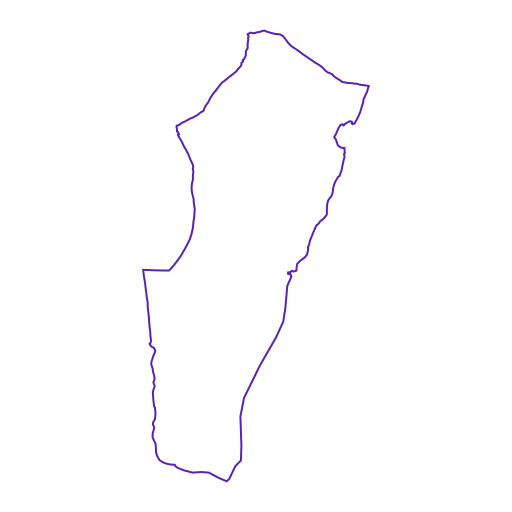 Pangani, Tanga, United Republic of Tanzania (Robinson projection)
{"feature_id": "72390352B29030119078393", "entity_name": "Pangani", "entity_type": "district", "adm_level": 2, "iso_a3": "TZA", "parent_name": "United Republic of Tanzania", "parent_adm1": "Tanga", "projection": "robinson", "projection_center": [38.828, -5.615], "detail": "fine", "context": "isolated", "style": "outline", "palette": "violet", "viewbox_px": 512, "rotation_deg": 0, "n_neighbors": 0, "source": "geoboundaries", "source_scale": "gbopen_adm2", "svg_char_len": 5813}
<svg xmlns="http://www.w3.org/2000/svg" viewBox="0 0 512 512"><path d="M229.2,479.0L235.3,466.2L240.9,460.5L241.4,446.0L240.4,416.5L244.0,398.0L259.8,365.7L276.1,337.3L283.2,321.7L285.3,308.4L287.3,285.9L291.4,276.6L290.5,274.5L288.0,273.8L288.1,272.4L289.0,272.3L290.2,272.9L290.6,271.8L291.5,271.0L292.3,271.0L293.4,271.6L295.4,271.0L296.4,270.5L296.5,268.6L296.9,265.4L297.4,263.6L300.5,260.5L304.7,257.5L306.9,254.8L308.1,250.1L308.1,246.4L309.0,245.0L309.9,240.9L313.5,231.9L316.3,225.5L318.4,223.8L320.5,220.9L322.2,219.9L324.2,218.0L326.4,215.2L326.9,214.0L326.9,208.4L327.2,203.9L328.2,200.4L329.6,198.4L331.2,196.5L332.3,193.9L333.0,190.4L333.0,188.8L333.6,186.7L334.2,184.3L335.1,182.0L338.2,176.7L339.3,176.1L339.6,176.0L341.8,169.4L342.4,165.7L343.9,159.1L344.4,157.4L344.5,155.7L343.9,154.3L344.2,153.8L344.8,153.2L344.4,148.0L342.9,147.9L341.5,147.8L339.9,146.9L337.8,145.4L336.7,141.8L335.7,139.1L335.0,138.4L334.3,137.5L334.3,136.8L336.1,133.8L337.9,129.5L339.2,126.9L340.5,125.0L341.6,124.4L342.6,124.3L343.2,125.0L343.3,125.4L344.1,125.1L344.7,124.2L345.6,123.5L346.6,123.0L348.8,121.7L350.2,121.2L351.7,121.7L352.1,122.2L351.8,123.4L352.5,124.1L353.6,123.6L354.5,123.6L355.4,121.8L356.7,119.8L358.6,115.9L360.0,112.5L360.7,110.4L362.1,105.7L363.0,103.0L363.6,98.9L364.7,97.0L365.9,94.1L367.1,91.8L367.9,88.5L368.7,86.4L368.8,86.1L368.1,85.9L367.0,85.6L365.7,85.5L364.5,85.3L363.1,85.1L361.0,84.8L359.6,84.6L358.3,84.2L356.5,83.7L354.3,83.6L352.6,83.3L350.6,83.1L349.0,83.0L347.5,82.9L345.5,82.6L344.5,82.3L343.3,82.1L342.2,82.0L341.3,81.2L340.2,80.4L339.3,79.8L338.1,79.1L337.2,78.4L336.1,77.8L335.0,77.2L333.9,76.2L332.7,74.9L331.6,73.8L330.2,73.4L329.2,72.9L327.7,72.4L325.9,71.0L324.7,70.0L323.3,68.2L320.2,65.7L318.3,64.4L317.5,64.0L315.6,63.0L312.8,61.0L310.8,59.6L307.5,57.4L302.6,54.0L299.1,51.3L297.1,50.0L295.0,48.5L293.5,47.6L291.3,46.0L289.9,44.7L288.6,43.4L286.8,41.0L285.6,39.4L284.4,37.8L283.2,36.3L282.0,35.5L280.7,34.7L280.3,34.5L279.5,34.4L278.8,34.2L278.2,34.1L277.7,34.1L276.9,34.1L275.9,34.0L275.2,33.9L274.3,33.7L273.5,33.5L272.7,33.4L272.1,33.1L271.3,33.0L270.8,32.8L269.4,32.4L268.8,32.2L267.4,31.8L266.6,31.6L266.1,31.4L265.7,31.1L265.1,30.9L264.6,30.7L264.2,30.7L262.9,30.8L262.6,30.9L262.1,31.0L261.8,31.2L261.3,31.4L260.8,31.5L260.3,31.7L259.9,31.8L259.5,32.0L259.2,32.0L258.6,32.1L257.9,32.2L257.2,32.3L256.7,32.4L256.2,32.5L255.8,32.7L255.2,33.0L254.6,33.1L254.1,33.1L253.9,33.2L253.1,33.1L252.6,33.1L251.6,32.8L251.1,32.7L250.8,32.7L250.6,32.8L250.4,32.8L250.0,32.9L249.6,33.1L248.8,33.5L248.1,34.1L247.9,34.1L247.9,34.3L247.7,34.4L248.1,35.4L248.2,35.6L248.4,35.8L248.7,36.5L248.3,37.4L248.1,37.7L248.1,37.8L248.0,38.0L248.4,39.5L248.0,40.9L248.0,41.8L247.6,42.8L247.6,43.1L247.8,44.0L247.8,44.5L247.5,45.1L247.7,48.0L245.9,51.1L245.8,53.8L245.7,54.2L245.7,54.8L245.8,54.9L245.8,55.5L245.6,56.1L245.1,57.1L244.3,58.3L244.1,59.1L243.8,59.4L243.5,59.6L243.1,59.8L242.8,60.0L242.9,60.4L243.1,61.0L243.0,61.6L242.7,61.9L241.6,62.7L241.4,63.0L241.5,64.3L241.4,64.9L241.1,65.5L240.7,66.1L240.4,66.5L240.0,66.9L239.1,67.9L238.7,68.4L238.3,68.8L237.8,69.3L237.3,69.9L236.9,70.7L236.2,71.4L235.3,72.2L234.5,72.8L233.8,73.5L232.9,74.2L231.9,74.8L231.1,75.6L230.2,76.2L229.3,76.8L228.4,77.6L227.7,78.2L225.4,80.1L224.9,80.4L224.5,80.9L223.8,81.4L223.0,81.9L221.7,82.8L221.3,83.4L220.5,84.4L219.8,85.3L219.2,86.1L218.6,86.9L217.9,87.9L217.0,88.8L216.6,89.2L216.4,89.8L215.9,90.7L215.4,91.2L214.9,91.5L214.3,92.4L213.7,93.0L213.1,93.9L212.5,94.7L211.8,95.7L211.1,96.7L210.6,97.6L209.8,99.0L209.4,99.8L209.2,100.7L208.8,101.3L208.4,102.0L207.9,102.7L207.4,103.3L206.4,104.7L205.8,105.6L205.1,106.8L204.6,107.9L204.1,109.2L203.7,110.2L203.5,110.8L203.2,111.1L202.5,111.4L201.7,111.8L200.9,112.3L200.2,112.8L199.5,113.3L198.7,114.0L198.0,114.6L197.4,115.0L196.7,115.4L196.4,115.7L196.0,115.9L195.6,116.0L194.9,116.4L194.0,116.9L193.4,117.3L192.7,117.7L192.3,117.8L191.7,117.9L191.0,118.2L189.4,119.0L188.5,119.6L187.3,120.2L186.0,120.9L184.8,121.6L183.5,122.1L182.6,122.5L180.8,123.6L180.2,124.2L179.5,124.6L178.6,125.1L178.0,125.5L177.5,125.6L177.0,125.5L176.6,125.8L176.5,126.3L176.5,126.9L176.7,127.4L176.9,129.1L177.0,130.0L177.0,131.0L177.1,131.6L177.9,132.0L179.0,134.3L178.0,134.6L177.9,134.7L178.2,135.6L182.2,142.6L184.3,147.0L185.4,148.8L188.6,154.7L189.4,157.2L190.5,159.8L192.4,163.7L193.2,166.2L193.1,167.8L192.7,169.0L193.4,171.4L193.1,173.2L192.9,175.8L192.9,179.3L192.7,180.7L192.2,182.1L191.8,184.9L191.6,188.0L191.9,192.0L192.7,195.6L193.7,199.3L193.7,202.3L193.9,203.2L193.9,203.6L194.3,206.1L194.8,209.4L194.5,211.9L194.3,216.2L194.1,217.1L194.1,218.1L193.4,221.7L193.3,223.9L192.9,226.4L192.8,228.5L191.9,232.1L191.6,233.8L189.8,239.4L185.9,247.0L181.6,254.6L178.5,259.2L174.3,264.7L171.2,268.4L169.0,270.5L165.1,270.5L156.8,270.4L150.1,270.1L143.2,269.9L143.8,275.9L144.8,281.2L146.3,293.1L146.7,296.8L147.2,299.7L147.7,302.9L147.7,306.8L148.3,312.1L148.8,316.2L149.1,321.0L149.6,327.0L150.2,331.6L150.4,335.9L151.0,340.2L150.7,342.5L149.6,343.9L151.0,346.2L154.0,348.0L155.3,350.8L154.8,352.5L153.3,356.1L151.9,360.3L151.2,363.0L151.4,364.9L152.0,366.6L152.5,368.2L152.7,368.9L153.1,372.0L154.2,375.8L154.5,378.0L154.5,379.6L154.0,380.8L153.4,382.4L153.8,383.9L154.6,385.5L154.6,386.8L154.0,388.2L153.4,389.9L152.8,391.8L153.0,395.1L153.2,398.2L153.4,400.4L154.1,406.1L154.6,407.2L155.0,407.7L155.5,414.0L155.2,416.7L154.9,419.3L153.9,421.0L153.1,422.4L152.9,424.7L153.9,426.4L154.2,427.4L153.6,430.3L152.7,433.1L152.6,437.5L153.6,439.7L154.7,442.0L155.6,443.9L155.9,448.5L156.1,452.3L156.8,455.2L157.8,457.2L159.6,460.2L163.0,462.4L166.9,463.8L169.9,464.4L172.8,464.7L174.8,464.8L175.1,465.9L176.3,466.8L178.0,468.0L183.9,470.3L192.5,472.6L201.2,472.0L208.8,472.6L218.5,477.8L226.7,481.3L229.2,479.0Z" fill="none" stroke="#5b21b6" stroke-width="2"/></svg>